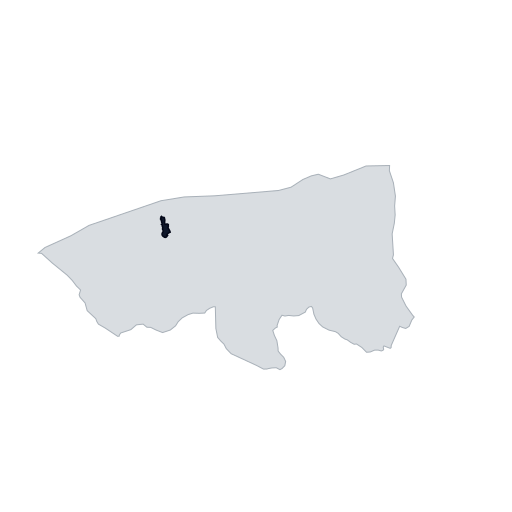 location of Juarzon, Sinoe, Liberia, rotated 133°
{"feature_id": "62588387B89490647958390", "entity_name": "Juarzon", "entity_type": "district", "adm_level": 2, "iso_a3": "LBR", "parent_name": "Liberia", "parent_adm1": "Sinoe", "projection": "orthographic", "projection_center": [-8.921, 5.312], "detail": "fine", "context": "in_parent", "style": "filled", "palette": "ink", "viewbox_px": 512, "rotation_deg": 133, "n_neighbors": 0, "source": "geoboundaries", "source_scale": "gbopen_adm2", "svg_char_len": 3773}
<svg xmlns="http://www.w3.org/2000/svg" viewBox="0 0 512 512"><g transform="rotate(133 256 256)"><path d="M98.7,220.0L102.7,216.6L108.7,205.5L117.1,194.9L124.9,188.7L131.1,182.2L137.7,177.2L147.0,171.5L161.4,156.3L164.7,154.5L167.0,143.9L170.7,130.5L174.8,126.3L184.5,123.9L186.8,121.5L190.3,112.1L192.5,101.1L192.7,98.7L196.5,98.4L203.1,96.0L206.9,97.1L208.5,100.3L209.4,103.0L229.2,96.1L230.9,94.7L232.0,94.9L234.5,101.1L235.9,100.8L237.1,99.0L238.4,98.8L240.0,99.6L241.5,102.5L244.0,105.1L248.3,107.0L251.0,109.5L250.7,116.1L251.8,122.5L253.6,124.0L254.6,127.9L255.1,132.1L256.1,134.3L256.9,138.6L256.5,143.2L257.2,146.4L260.4,152.0L262.4,158.9L262.4,163.9L261.2,169.1L259.1,173.9L255.4,179.1L255.1,181.1L257.3,182.5L260.6,182.7L263.4,181.7L270.4,184.1L274.1,187.5L277.3,191.7L280.2,193.9L281.6,196.6L286.6,195.8L292.4,193.2L293.5,192.0L295.3,192.7L299.0,193.0L301.6,188.3L303.7,183.0L308.2,177.2L310.4,175.0L311.0,171.3L311.2,166.6L312.9,162.4L316.6,160.1L320.6,160.2L322.8,161.0L323.9,165.0L327.1,168.1L329.8,170.1L331.3,171.0L333.6,173.4L335.8,181.4L344.4,207.5L344.0,214.6L342.3,219.3L342.2,223.9L341.7,228.5L336.4,235.9L320.9,251.1L322.1,252.5L325.8,254.2L329.6,255.1L332.7,254.6L336.6,258.4L340.8,263.2L345.2,265.7L351.6,267.8L357.2,268.1L361.9,267.2L368.6,268.2L375.7,272.1L378.3,278.6L380.0,284.3L382.5,287.2L382.8,292.1L387.9,296.5L395.2,297.3L404.5,302.4L406.9,302.1L407.9,301.4L409.1,302.4L411.5,317.0L413.3,324.8L412.4,327.9L411.1,330.4L411.1,342.2L406.9,349.0L406.2,356.5L405.0,358.9L400.5,361.1L400.4,366.8L399.2,373.7L398.8,381.1L400.1,400.3L400.3,414.6L402.4,417.3L393.6,416.1L367.5,405.2L347.5,399.0L280.4,363.2L261.8,348.8L240.3,327.4L192.7,284.2L181.8,277.3L168.1,273.9L159.7,270.2L153.7,266.2L148.9,254.2L137.0,247.1L115.1,236.9L98.7,220.0Z" fill="#d9dde1" stroke="#a8b0b8" stroke-width="1"/><path d="M304.3,335.1L303.9,334.7L303.2,334.5L302.6,334.5L302.3,334.5L302.1,334.7L301.9,334.8L301.5,334.7L301.2,334.7L301.2,335.0L301.4,335.2L301.9,335.3L301.7,335.6L301.4,335.8L300.8,335.8L300.4,335.9L300.2,335.9L299.9,335.8L299.4,335.7L298.9,335.7L298.5,335.6L298.1,335.4L297.9,335.3L297.5,335.2L297.1,335.0L296.9,335.3L296.8,335.6L296.5,336.0L296.4,336.5L296.2,336.9L296.1,337.2L296.0,337.5L295.9,337.8L295.8,338.2L295.7,338.4L295.7,338.5L295.7,338.8L295.6,339.1L295.4,339.4L295.1,339.7L294.9,339.9L294.7,340.0L294.4,340.2L294.0,340.5L293.9,340.5L293.8,340.8L293.4,341.1L293.0,341.3L292.8,341.6L292.8,341.9L292.9,342.1L293.0,342.4L293.1,342.8L293.3,343.0L293.6,343.2L294.0,343.2L294.1,343.3L294.4,343.6L294.5,343.8L294.8,344.0L294.8,344.4L294.5,344.7L294.3,344.9L294.2,345.1L294.0,345.4L293.8,345.7L293.6,345.9L293.4,346.1L292.9,346.4L292.7,346.5L292.2,346.9L292.0,347.2L291.5,347.6L291.2,348.1L291.1,348.4L290.8,348.7L290.5,349.1L290.5,349.3L290.5,349.6L290.8,349.8L290.9,350.1L291.1,350.4L291.4,350.9L291.5,351.1L291.5,351.4L291.5,351.5L291.6,351.4L291.8,351.6L292.0,351.9L292.1,352.2L292.3,352.2L292.5,352.0L292.4,351.8L292.2,351.7L292.3,351.5L292.5,351.4L292.8,351.5L293.1,351.5L293.3,351.4L293.5,351.5L293.6,351.4L293.8,351.2L293.4,351.1L293.6,350.8L293.6,350.6L293.8,350.5L294.1,350.4L294.2,350.2L293.9,350.1L293.9,349.8L294.0,349.7L294.5,349.8L294.6,349.7L294.7,349.2L294.7,348.9L295.0,348.8L295.3,348.5L295.5,348.2L295.7,347.9L295.9,347.2L296.0,346.9L296.4,346.7L296.8,346.6L297.0,346.6L297.3,346.7L297.4,345.7L297.6,345.4L298.0,345.0L298.3,344.6L298.4,344.3L298.5,344.0L298.5,343.9L298.9,343.6L299.4,343.2L299.9,342.9L300.3,342.4L300.5,341.8L300.7,341.3L301.1,340.8L301.5,340.5L301.8,340.4L302.3,340.5L302.8,340.3L303.1,340.2L303.3,340.1L304.0,339.8L304.4,339.3L304.8,338.7L304.9,338.1L305.0,337.5L304.9,337.1L304.8,336.6L304.7,336.2L304.8,335.8L304.4,335.5L304.3,335.2L304.3,335.1Z" fill="#0f172a" stroke="#020617" stroke-width="1.5"/></g></svg>